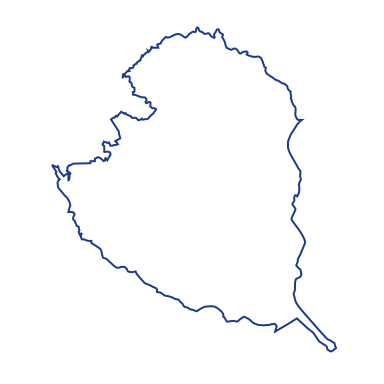 Ngoc Lac, Thanh Hóa, Vietnam (Albers equal-area conic projection), rotated 178°
{"feature_id": "81297802B82512093072214", "entity_name": "Ngoc Lac", "entity_type": "district", "adm_level": 2, "iso_a3": "VNM", "parent_name": "Vietnam", "parent_adm1": "Thanh Hóa", "projection": "albers", "projection_center": [105.393, 20.068], "detail": "fine", "context": "isolated", "style": "outline", "palette": "blue", "viewbox_px": 384, "rotation_deg": 178, "n_neighbors": 0, "source": "geoboundaries", "source_scale": "gbopen_adm2", "svg_char_len": 5987}
<svg xmlns="http://www.w3.org/2000/svg" viewBox="0 0 384 384"><g transform="rotate(178 192 192)"><path d="M54.8,35.9L58.9,38.8L62.0,40.3L71.0,50.9L86.6,70.1L89.3,73.6L91.5,77.3L92.4,79.5L94.0,86.5L92.6,90.3L92.1,98.1L91.7,100.0L91.1,101.3L89.3,102.3L87.4,103.0L86.5,103.8L85.7,105.5L85.5,106.8L86.0,107.8L86.1,110.0L87.1,111.4L88.8,112.9L90.4,115.0L88.9,118.3L88.6,120.7L87.7,122.8L86.0,125.7L80.8,137.0L80.7,138.3L81.5,141.3L84.1,146.7L86.3,150.3L93.3,160.5L93.4,161.6L93.2,162.8L89.6,169.9L89.2,171.6L91.9,175.8L92.1,176.8L91.3,178.1L90.3,179.1L90.0,179.7L90.1,182.8L89.2,185.1L88.3,185.1L87.6,184.8L87.1,184.0L86.5,184.8L85.2,187.5L84.7,189.7L84.6,192.8L84.9,195.3L84.2,198.1L82.7,200.6L83.4,203.8L82.9,208.4L83.1,209.5L84.7,211.7L92.7,227.0L94.3,231.8L94.5,233.9L94.4,237.8L94.1,239.7L91.3,246.0L84.5,255.8L82.0,258.5L79.7,260.2L82.8,260.3L83.7,260.5L84.4,261.2L85.8,264.0L86.1,266.4L85.6,269.9L85.6,272.4L86.0,273.5L87.4,275.0L89.2,279.1L89.1,280.4L90.0,281.9L89.6,284.5L90.2,287.8L89.8,288.7L91.4,290.1L92.7,291.9L93.1,294.4L96.1,297.1L96.4,297.3L97.8,297.3L101.8,300.2L102.7,300.4L104.1,301.2L104.9,301.3L106.1,302.5L108.0,304.0L109.1,304.6L113.0,307.6L113.5,308.3L114.5,310.7L113.9,313.6L115.3,314.5L115.6,316.0L116.6,318.6L116.7,319.7L118.4,323.7L120.9,325.1L124.7,324.8L127.1,325.2L131.1,326.6L132.6,327.5L131.8,328.5L131.6,329.4L131.8,330.1L132.4,330.4L133.2,330.6L136.6,330.1L138.0,328.9L138.7,328.7L139.4,328.8L139.9,329.3L141.6,332.1L142.9,333.4L144.0,333.9L145.1,333.9L147.4,332.8L148.2,332.8L151.9,334.6L152.8,335.9L153.2,336.9L153.7,339.8L154.6,342.3L156.5,345.8L155.7,347.4L155.7,348.5L158.6,350.4L159.0,351.0L159.5,353.3L159.9,353.7L161.3,353.5L161.9,352.9L162.6,351.2L164.4,349.0L164.4,347.8L163.9,345.8L164.5,345.2L167.1,346.7L168.2,347.9L168.4,348.5L169.3,349.8L170.5,350.1L172.9,349.5L174.2,349.7L176.4,351.7L177.3,351.8L178.6,352.4L179.5,354.0L180.0,355.8L180.6,356.2L181.2,356.2L182.0,355.1L182.4,352.7L182.9,351.8L183.5,351.7L185.3,352.3L185.8,352.1L189.1,350.0L191.9,347.2L193.0,346.5L193.6,346.6L197.4,349.5L199.2,350.2L200.7,350.4L203.0,350.1L208.9,347.4L210.5,347.2L211.6,347.3L212.6,347.9L215.2,345.8L217.3,343.4L218.1,341.6L221.3,340.8L221.6,340.4L220.7,337.4L226.2,337.5L227.0,338.5L227.5,338.4L228.4,335.5L229.2,335.0L229.6,334.1L229.9,334.1L231.0,334.9L230.6,333.7L231.0,333.1L232.9,333.0L233.3,332.8L234.1,331.4L235.3,330.9L236.1,330.1L237.1,330.2L236.7,329.3L237.3,329.4L237.8,328.4L238.3,328.0L239.0,325.3L239.4,325.1L240.2,325.2L240.7,324.4L242.2,323.7L242.6,323.2L242.8,322.1L244.2,321.9L245.1,320.8L245.9,320.8L246.2,320.1L246.3,318.8L246.7,318.3L248.5,317.8L249.9,318.0L250.2,316.8L251.0,316.2L251.0,315.7L250.5,315.0L252.6,314.9L254.7,312.6L256.7,312.2L257.1,310.9L257.2,309.1L255.1,310.4L254.7,310.4L253.7,309.3L252.2,309.8L251.1,309.8L250.4,308.9L250.2,307.1L250.7,304.5L250.2,304.1L249.2,303.7L248.6,302.9L248.3,299.6L245.9,298.1L245.9,294.8L246.4,294.0L247.4,294.1L247.7,293.9L247.5,291.3L245.3,291.0L239.4,288.5L236.1,288.2L235.3,287.8L234.7,287.0L234.2,285.6L234.2,285.2L235.4,283.6L234.9,282.6L234.1,282.4L232.1,283.4L230.9,283.4L230.3,282.6L230.7,278.7L229.3,278.0L228.8,277.1L227.0,277.1L224.9,276.1L225.0,275.8L227.9,271.9L231.7,268.8L233.2,266.8L239.1,266.0L239.4,267.0L242.7,265.5L243.3,265.8L245.2,267.9L246.6,268.2L249.1,268.1L250.0,268.8L250.3,269.7L251.1,270.2L252.7,270.7L255.2,272.2L255.8,273.2L256.2,273.2L256.7,272.5L260.0,274.7L264.1,270.2L264.4,270.8L265.4,270.7L266.5,269.2L266.9,269.0L267.9,269.1L270.5,267.4L263.2,255.4L262.6,251.3L261.8,248.1L266.9,245.6L265.3,243.8L264.4,242.3L265.8,241.8L268.7,241.6L270.0,241.0L271.9,241.1L273.2,244.4L274.6,243.9L275.9,244.6L278.4,245.4L278.7,244.3L279.7,242.7L279.4,241.9L278.3,241.3L278.1,240.9L278.3,235.3L277.5,235.1L275.2,235.3L273.9,235.1L272.5,234.3L272.2,233.5L272.1,232.6L272.7,231.6L272.5,231.2L274.4,228.8L275.4,226.8L276.4,228.1L277.2,228.8L277.6,228.4L277.6,226.6L279.4,226.0L280.4,227.2L282.4,229.0L284.3,230.0L285.6,229.9L287.5,228.6L287.9,228.6L288.0,226.2L292.4,226.3L292.5,224.3L309.6,224.5L313.0,222.8L313.9,223.0L315.6,220.9L315.7,219.0L316.3,217.4L314.8,216.6L313.2,215.3L312.9,214.7L313.9,213.0L313.8,211.5L314.6,210.9L314.2,210.1L314.4,209.9L314.3,208.8L314.8,208.1L315.1,208.1L314.9,214.0L315.1,215.2L315.3,215.3L319.7,212.3L322.9,216.5L324.1,218.5L324.9,222.3L325.1,222.5L326.0,221.6L326.5,221.6L330.2,223.6L330.6,223.0L326.8,216.9L327.6,215.6L326.1,212.3L325.6,211.3L323.8,209.4L324.8,208.8L324.6,208.5L324.8,208.0L325.8,206.9L326.1,205.6L325.8,204.1L325.9,202.1L325.5,201.1L324.0,198.9L319.0,192.6L316.8,190.3L315.1,187.1L314.0,183.2L315.1,180.5L316.2,176.3L313.7,176.3L312.5,176.1L311.6,175.9L310.5,174.8L310.1,173.6L311.4,171.3L311.8,169.6L311.7,168.8L309.9,166.7L309.7,165.3L308.9,163.9L308.5,162.5L306.3,160.8L306.4,159.2L305.8,157.5L306.6,156.3L306.5,155.3L305.6,153.1L304.3,154.4L303.8,154.1L304.7,152.1L304.5,150.7L303.7,148.5L301.8,148.5L297.6,146.8L294.3,146.6L294.4,144.7L286.1,138.8L285.2,137.7L284.7,136.3L283.6,130.5L283.0,129.3L280.5,128.5L279.5,127.8L271.9,120.3L269.9,119.1L268.7,118.9L267.6,118.9L265.4,119.6L263.0,119.6L261.8,119.3L260.2,118.0L259.5,116.4L258.6,114.8L257.9,114.5L254.9,113.9L251.1,114.6L250.6,113.0L249.2,110.7L242.9,103.1L241.9,102.3L237.5,100.4L234.6,98.7L231.5,97.2L230.7,96.4L230.4,95.5L230.6,93.4L226.4,92.4L224.2,90.4L223.4,89.8L221.9,89.2L218.6,88.5L215.6,87.4L212.2,85.5L209.7,85.2L208.4,84.0L207.7,82.8L205.6,81.0L204.3,78.5L203.5,77.5L200.2,76.5L197.6,74.7L195.1,74.1L191.5,72.6L188.3,74.6L183.3,76.9L177.1,77.2L174.6,76.9L173.1,76.5L170.5,75.0L166.7,71.5L165.2,69.3L164.9,67.0L165.1,66.3L164.2,65.7L161.9,61.7L161.4,61.1L155.5,61.8L151.2,60.9L148.2,63.3L144.8,65.4L144.1,65.6L139.5,63.0L135.1,58.8L130.3,56.8L125.2,56.3L122.3,56.4L119.4,56.5L117.1,57.1L114.0,57.3L112.4,55.7L112.1,54.9L113.8,49.6L101.4,56.3L91.6,62.0L81.7,52.2L76.5,47.8L75.1,46.2L70.2,38.3L63.4,33.5L62.6,32.4L62.1,29.8L59.0,27.8L56.8,28.6L53.4,31.2L54.0,32.3L54.6,34.2L54.8,35.9Z" fill="none" stroke="#1e3a8a" stroke-width="2"/></g></svg>